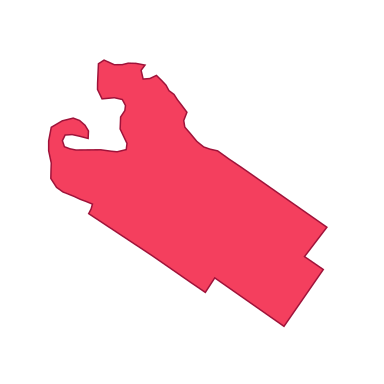 São Pedro do Butiá, Rio Grande do Sul, Brazil, rotated 125°
{"feature_id": "56859067B11574675673068", "entity_name": "São Pedro do Butiá", "entity_type": "district", "adm_level": 2, "iso_a3": "BRA", "parent_name": "Brazil", "parent_adm1": "Rio Grande do Sul", "projection": "albers", "projection_center": [-54.902, -28.124], "detail": "fine", "context": "isolated", "style": "filled", "palette": "rose", "viewbox_px": 384, "rotation_deg": 125, "n_neighbors": 0, "source": "geoboundaries", "source_scale": "gbopen_adm2", "svg_char_len": 1126}
<svg xmlns="http://www.w3.org/2000/svg" viewBox="0 0 384 384"><g transform="rotate(125 192 192)"><path d="M269.0,264.2L267.0,188.0L266.8,140.7L266.6,123.5L249.3,124.1L249.3,91.8L249.3,39.6L180.2,40.0L180.4,62.8L143.5,61.3L143.5,165.0L143.8,180.8L143.6,194.6L146.6,201.9L148.4,208.3L147.8,217.0L145.0,227.2L143.0,235.1L138.2,239.8L129.6,241.9L126.9,250.1L124.8,256.9L122.4,262.7L122.2,269.0L119.4,274.6L118.1,280.7L116.9,288.0L123.2,291.6L127.5,296.8L121.5,303.5L115.0,303.3L118.8,311.7L123.1,318.2L127.7,322.2L132.3,328.6L134.4,339.7L140.6,342.2L157.1,331.7L162.2,328.2L167.3,319.1L159.3,309.7L156.2,302.1L159.3,296.1L163.8,293.7L171.5,293.5L176.6,290.2L181.6,287.0L186.6,278.2L189.5,273.1L195.0,270.2L202.0,276.4L204.9,281.5L209.8,291.0L224.2,311.2L226.6,316.7L228.1,322.5L224.3,327.6L218.1,328.6L213.7,323.1L210.8,316.1L207.7,307.8L201.4,311.8L198.7,317.9L197.9,325.1L199.6,331.7L208.1,339.1L219.7,344.4L232.4,338.7L240.4,333.1L249.0,323.9L254.4,320.4L261.9,315.4L265.9,305.6L266.0,297.7L263.2,285.9L262.1,279.4L260.6,273.7L259.0,266.6L263.8,264.9L269.0,264.2Z" fill="#f43f5e" stroke="#9f1239" stroke-width="1.5"/></g></svg>